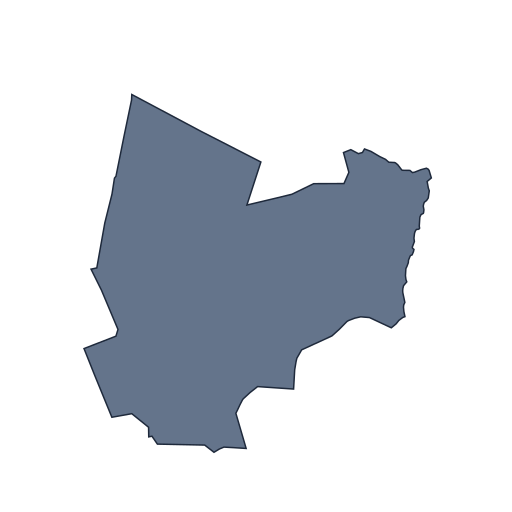 Rockingham, New Hampshire, United States of America, rotated 347°
{"feature_id": "52423323B53018851624800", "entity_name": "Rockingham", "entity_type": "district", "adm_level": 2, "iso_a3": "USA", "parent_name": "United States of America", "parent_adm1": "New Hampshire", "projection": "orthographic", "projection_center": [-70.949, 43.006], "detail": "fine", "context": "isolated", "style": "filled", "palette": "slate", "viewbox_px": 512, "rotation_deg": 347, "n_neighbors": 0, "source": "geoboundaries", "source_scale": "gbopen_adm2", "svg_char_len": 1877}
<svg xmlns="http://www.w3.org/2000/svg" viewBox="0 0 512 512"><g transform="rotate(347 256 256)"><path d="M385.8,176.1L383.0,179.1L378.8,179.3L372.3,173.7L364.5,174.9L365.3,195.4L358.0,205.2L328.5,198.5L304.9,203.9L289.0,204.1L258.6,204.3L281.9,165.5L231.1,122.7L228.2,120.2L171.3,70.7L169.8,76.1L154.3,109.7L137.5,146.8L135.6,148.3L129.6,163.3L116.1,189.8L98.2,231.8L92.3,231.7L97.5,253.6L97.6,253.8L105.0,296.5L101.5,302.6L67.6,307.5L71.9,335.4L79.3,380.7L99.5,381.7L112.8,398.7L110.8,408.1L114.1,408.2L117.6,417.1L151.3,425.6L163.5,428.7L170.9,437.8L177.0,435.8L181.8,435.0L189.7,437.3L189.8,437.3L203.1,441.3L201.0,404.7L203.0,402.3L207.0,397.2L210.4,393.2L211.1,392.6L211.4,392.3L219.5,387.7L228.2,383.6L236.7,386.2L262.7,394.1L268.1,375.6L271.2,368.1L272.8,364.8L279.4,357.7L292.8,354.9L295.5,354.4L312.1,350.9L320.9,346.0L329.7,340.4L330.1,340.2L331.7,339.7L338.2,338.8L338.4,338.8L344.3,338.8L352.7,341.5L371.7,356.4L377.3,353.6L380.7,350.9L385.2,348.9L387.5,348.6L387.6,343.4L388.2,339.0L389.1,336.5L389.4,336.3L390.6,334.7L390.8,324.7L391.1,322.9L391.8,320.7L393.1,318.1L397.1,315.1L396.8,312.7L397.2,308.8L399.2,302.0L400.8,300.0L402.9,296.8L403.6,294.5L404.2,293.6L406.0,291.0L406.7,290.3L408.4,290.0L410.4,287.2L411.4,285.1L410.3,283.7L410.3,282.5L411.0,281.5L413.6,277.5L413.9,274.2L415.5,269.7L416.6,267.8L417.9,266.5L418.7,266.2L419.9,266.5L421.3,266.2L421.7,265.6L421.8,263.6L424.4,255.0L426.1,252.8L428.6,252.1L429.1,251.3L430.0,248.8L430.2,245.0L431.1,243.0L432.1,241.5L434.7,240.3L436.9,238.2L439.5,231.5L439.2,228.6L439.5,221.9L444.4,219.4L444.4,219.2L443.9,211.5L443.3,210.1L441.8,208.8L436.1,209.0L429.4,210.0L427.3,209.9L427.2,209.9L425.2,207.2L419.8,205.9L417.9,205.4L417.3,204.8L414.6,198.9L412.9,196.7L412.1,196.1L406.5,194.5L404.6,191.9L404.0,191.0L399.0,187.0L391.5,179.9L385.8,176.1Z" fill="#64748b" stroke="#1e293b" stroke-width="1.5"/></g></svg>